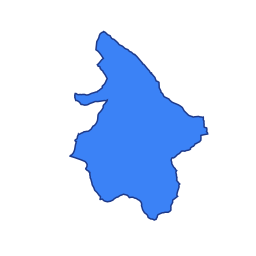 Bazna, Sibiu, Romania (Robinson projection), rotated 322°
{"feature_id": "2599482B54084390752294", "entity_name": "Bazna", "entity_type": "district", "adm_level": 2, "iso_a3": "ROU", "parent_name": "Romania", "parent_adm1": "Sibiu", "projection": "robinson", "projection_center": [24.243, 46.214], "detail": "fine", "context": "isolated", "style": "filled", "palette": "blue", "viewbox_px": 256, "rotation_deg": 322, "n_neighbors": 0, "source": "geoboundaries", "source_scale": "gbopen_adm2", "svg_char_len": 5785}
<svg xmlns="http://www.w3.org/2000/svg" viewBox="0 0 256 256"><g transform="rotate(322 128 128)"><path d="M111.0,219.2L111.4,219.0L111.8,218.3L112.7,217.3L113.3,216.5L113.5,216.0L114.5,215.3L115.5,215.0L115.8,214.8L116.7,214.4L117.3,214.2L117.8,213.5L118.7,212.5L119.1,212.3L119.7,212.3L120.4,212.4L125.1,212.4L125.0,211.6L125.1,211.1L125.5,210.6L126.7,209.5L128.7,208.0L129.9,207.3L131.9,205.9L132.2,205.5L132.5,204.8L133.0,204.3L133.5,204.1L134.3,204.0L134.1,202.7L134.1,199.1L135.1,198.4L135.6,197.3L135.8,197.1L136.1,197.1L136.5,196.0L136.9,195.2L137.5,194.5L138.1,192.9L138.5,192.3L139.1,191.9L140.2,191.5L139.8,190.0L140.2,189.1L139.9,186.9L140.3,184.3L140.6,182.9L141.4,181.9L142.1,180.0L142.6,179.5L143.8,178.8L144.6,178.7L145.3,179.5L145.7,179.6L146.6,179.8L148.4,179.7L150.3,179.4L150.8,179.4L152.6,179.7L153.8,179.6L154.5,179.5L155.6,179.2L155.9,179.2L157.2,180.0L158.6,181.3L159.1,181.4L159.7,181.5L162.3,182.8L163.6,183.1L164.2,183.1L164.7,182.4L165.2,182.2L166.5,182.3L167.5,182.3L168.3,182.7L169.7,182.4L171.3,181.8L172.6,182.4L173.2,182.3L176.0,182.9L177.1,182.6L177.8,182.5L178.3,181.9L178.6,181.7L180.0,179.9L180.7,178.8L180.9,178.7L183.9,180.1L187.1,181.8L187.6,181.0L187.7,180.3L187.6,179.2L188.1,179.0L189.6,177.3L189.6,176.9L190.0,176.4L189.7,175.8L189.0,175.0L188.6,174.4L189.0,173.4L190.2,172.0L191.4,170.1L192.2,169.3L192.3,168.1L192.5,167.8L193.9,166.0L194.0,165.8L193.6,165.7L192.4,164.3L191.6,163.6L190.7,162.3L188.5,160.9L187.6,160.3L186.2,159.6L185.5,158.5L185.5,158.2L185.1,157.9L184.8,157.4L183.6,155.4L182.8,149.1L183.4,145.4L183.2,144.4L182.6,142.4L182.0,140.9L180.7,138.5L179.8,137.0L178.8,135.1L178.4,134.0L178.3,133.6L178.3,133.1L178.0,131.6L178.1,130.4L175.7,125.5L175.8,124.8L176.4,122.3L176.1,120.3L176.0,120.1L176.6,119.3L177.0,117.4L177.2,116.1L177.3,116.0L177.4,115.4L177.6,115.2L178.4,114.1L180.5,111.1L180.1,109.8L179.2,108.3L179.4,107.5L179.8,106.1L180.2,105.1L180.3,104.3L180.2,103.3L180.1,99.8L179.8,99.8L179.7,99.6L179.7,99.4L180.3,98.9L179.7,98.4L179.8,97.1L180.0,96.4L180.0,95.7L179.8,93.6L179.7,88.4L179.5,87.2L179.1,86.7L179.0,86.3L179.1,85.9L179.3,85.7L179.3,85.3L179.0,77.2L178.6,74.1L178.2,74.1L177.7,72.6L177.4,70.6L177.3,70.2L176.6,69.1L176.3,68.2L176.2,66.2L175.0,64.3L174.5,63.2L174.4,62.6L174.2,61.1L173.9,59.9L172.5,57.3L172.3,56.6L172.4,54.4L171.9,51.3L171.4,49.2L170.7,48.5L170.3,47.3L170.4,45.7L170.6,44.9L170.7,44.3L170.5,43.9L169.6,42.4L169.2,40.6L169.0,38.7L168.5,37.8L168.4,37.3L168.1,36.9L167.4,37.2L166.8,36.8L166.5,36.7L165.5,36.7L165.1,36.6L164.2,36.6L162.5,37.4L160.7,38.8L159.6,39.4L159.0,39.7L157.5,40.3L156.5,40.8L150.9,46.6L151.6,48.8L151.8,50.9L151.7,54.4L151.4,58.0L149.5,58.0L144.8,59.1L142.8,59.3L142.9,59.6L142.8,60.0L142.5,60.7L142.6,61.1L143.5,62.1L143.5,62.3L143.3,63.2L142.9,63.6L142.9,64.0L142.7,64.3L142.9,64.9L142.8,65.3L142.7,65.6L143.1,66.8L143.3,67.5L143.1,67.9L143.0,68.7L142.8,69.2L142.9,70.0L142.8,70.7L142.8,71.8L142.0,76.3L140.0,77.2L138.5,78.1L136.5,78.9L133.4,79.2L132.6,80.5L129.2,80.5L128.5,80.6L127.0,80.3L126.2,80.6L124.7,79.8L122.9,79.2L121.0,78.4L119.7,78.0L118.0,77.7L116.9,77.3L116.3,76.9L115.4,76.3L114.6,75.0L114.2,74.6L112.6,73.4L111.6,72.9L110.9,72.0L110.0,71.6L109.3,71.1L108.7,70.2L108.4,69.2L108.2,68.7L107.6,68.3L107.3,68.7L106.3,69.3L105.5,70.5L105.0,71.0L103.8,74.2L104.4,74.7L104.8,75.1L105.6,77.4L105.7,78.2L105.5,80.4L105.6,80.7L106.3,81.1L107.8,83.2L108.5,83.7L109.0,83.9L109.6,84.4L110.9,84.9L112.9,85.2L116.9,86.5L118.2,86.8L119.0,87.3L120.5,88.6L126.3,91.8L127.3,92.8L128.1,93.1L128.8,93.2L128.2,93.7L126.9,94.1L125.9,94.3L125.1,94.6L123.2,94.8L122.4,95.1L122.0,95.4L121.5,95.9L121.5,96.2L121.3,96.4L120.6,96.8L118.9,97.5L116.6,98.1L114.3,98.4L113.0,98.9L112.3,99.4L109.7,102.2L108.6,103.2L107.9,103.7L105.7,104.8L103.4,105.3L102.9,105.3L101.6,105.0L100.9,105.2L100.3,105.5L99.5,105.7L98.9,106.0L98.2,106.2L95.1,106.2L94.5,106.0L92.9,104.9L92.1,104.6L91.2,104.0L90.6,103.8L89.4,103.8L88.4,103.4L87.7,103.3L87.1,103.1L86.1,103.1L85.4,102.7L85.2,102.5L85.2,102.3L84.6,102.8L83.9,103.0L82.4,104.0L82.1,104.5L81.4,105.0L80.9,105.1L80.0,105.0L79.8,105.1L79.2,105.0L78.7,105.0L78.4,105.5L78.5,105.8L78.5,106.5L78.9,106.9L78.4,107.2L78.0,107.6L77.9,107.8L76.9,108.4L75.9,109.2L73.0,111.9L72.3,112.4L71.1,113.2L69.0,114.2L67.9,114.3L66.3,114.9L66.1,114.8L66.0,114.6L66.2,114.3L65.9,114.2L65.3,114.3L65.0,114.5L67.8,118.5L71.5,124.3L73.6,128.1L73.6,128.4L73.6,128.7L73.7,129.7L73.4,130.8L73.5,131.4L73.3,131.7L72.9,132.0L72.1,132.9L71.6,133.3L70.3,133.7L69.8,133.9L69.5,134.2L69.5,134.6L69.7,135.0L69.6,135.5L69.8,136.4L70.5,138.0L70.1,139.2L70.2,139.6L70.4,139.7L70.1,140.0L69.6,140.8L69.0,141.5L68.5,142.8L67.6,143.9L67.4,144.4L67.3,145.4L66.4,147.4L66.1,148.3L64.9,150.6L64.6,151.7L64.6,152.6L64.2,154.4L63.5,156.4L63.5,157.1L63.8,159.0L63.9,160.4L63.8,161.4L63.9,162.3L63.7,163.6L64.1,164.5L64.1,165.0L63.9,165.3L62.2,166.9L62.0,167.1L62.1,167.3L62.8,167.5L63.7,168.0L64.0,168.3L64.1,168.6L64.1,169.5L64.3,170.5L64.9,171.6L66.3,173.4L66.8,173.7L69.1,174.9L70.2,175.1L71.2,175.4L72.3,175.5L73.1,175.3L75.9,175.5L76.6,175.7L77.5,176.2L79.9,176.3L80.7,176.5L81.7,176.9L83.4,177.3L83.9,177.6L84.4,178.4L84.9,178.9L86.1,180.7L86.2,181.4L86.2,183.7L87.8,184.5L89.0,185.4L89.5,186.0L90.0,187.2L90.5,187.8L91.1,188.5L91.9,190.9L92.4,191.8L92.6,193.0L92.6,194.3L92.5,195.1L92.1,196.0L91.4,197.0L90.8,197.5L90.2,199.2L89.5,200.7L89.2,201.7L88.8,204.9L89.3,206.6L89.5,207.3L89.6,208.5L89.6,209.0L88.9,210.6L88.9,211.1L89.3,212.2L90.0,213.8L91.0,214.6L91.7,215.7L91.7,216.0L91.9,216.3L92.1,216.7L92.3,216.8L93.3,217.0L93.9,217.3L94.3,217.1L94.8,216.7L96.0,216.3L96.4,216.0L97.0,215.4L97.3,215.2L98.0,214.9L98.5,214.8L100.1,215.2L102.1,215.7L103.0,216.0L104.1,216.8L105.2,217.1L107.7,219.1L109.6,219.4L111.0,219.2Z" fill="#3b82f6" stroke="#1e3a8a" stroke-width="1.5"/></g></svg>